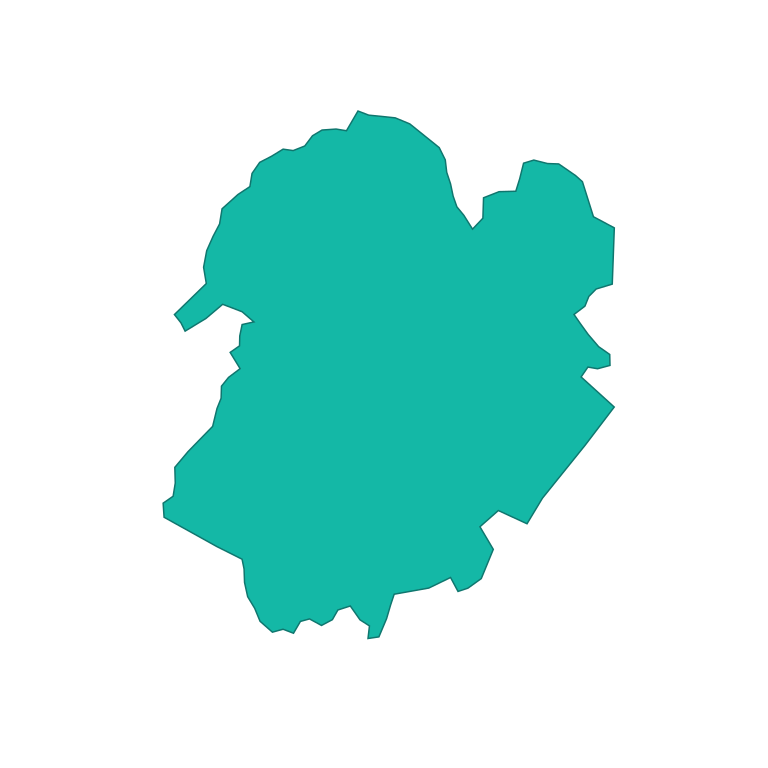 São João do Oeste, Santa Catarina, Brazil (orthographic projection), rotated 204°
{"feature_id": "56859067B45941896173238", "entity_name": "São João do Oeste", "entity_type": "district", "adm_level": 2, "iso_a3": "BRA", "parent_name": "Brazil", "parent_adm1": "Santa Catarina", "projection": "orthographic", "projection_center": [-53.586, -27.087], "detail": "fine", "context": "isolated", "style": "filled", "palette": "teal", "viewbox_px": 768, "rotation_deg": 204, "n_neighbors": 0, "source": "geoboundaries", "source_scale": "gbopen_adm2", "svg_char_len": 1575}
<svg xmlns="http://www.w3.org/2000/svg" viewBox="0 0 768 768"><g transform="rotate(204 384 384)"><path d="M400.7,116.8L385.0,111.9L376.5,118.9L365.3,119.5L363.8,133.1L356.5,139.1L342.9,138.0L335.3,147.7L334.2,158.8L324.5,167.5L310.0,158.8L298.9,157.1L295.1,145.0L285.8,150.9L286.2,170.7L288.1,184.9L289.2,196.1L260.1,215.8L244.5,234.3L232.0,224.6L224.3,231.6L216.0,245.8L216.9,277.4L238.3,292.6L228.1,314.9L196.5,314.5L192.8,344.2L175.3,410.1L164.3,456.6L206.8,470.6L204.6,482.4L195.1,484.8L185.1,492.9L189.8,502.8L203.1,505.4L217.6,512.3L229.3,519.1L238.7,524.8L232.1,536.9L232.5,547.3L228.8,557.1L216.1,568.1L237.1,620.3L260.7,622.0L285.0,649.5L293.7,652.3L313.9,656.1L324.3,651.9L338.2,649.5L346.3,642.5L343.5,626.6L342.0,613.7L357.1,606.5L368.8,594.6L361.1,575.7L366.1,561.5L379.7,570.6L389.5,575.5L397.3,583.8L404.6,593.9L412.8,602.9L419.2,613.7L429.7,622.4L466.2,632.1L482.0,631.7L495.6,627.3L507.3,623.4L518.8,622.8L521.3,600.1L531.5,597.4L543.9,590.8L550.3,581.7L553.2,569.2L561.9,560.3L571.7,557.5L579.4,546.3L587.7,535.9L590.2,522.7L586.8,509.8L594.5,497.7L603.2,478.2L599.3,463.4L600.2,449.4L600.2,433.7L596.3,417.3L587.2,403.5L603.7,362.2L594.4,357.3L587.2,351.4L573.3,371.5L563.8,391.2L543.0,392.3L528.1,387.8L537.8,380.6L535.3,369.2L531.5,360.1L537.4,350.3L521.7,339.5L528.7,326.8L531.6,315.9L527.0,304.7L526.6,293.7L523.3,275.6L529.7,258.3L535.5,242.6L541.2,222.8L534.4,208.6L531.0,195.7L537.3,185.3L530.7,172.8L470.6,167.5L442.4,166.2L436.6,158.1L430.7,146.0L422.0,134.2L410.9,126.5L400.7,116.8Z" fill="#14b8a6" stroke="#0f766e" stroke-width="1.5"/></g></svg>